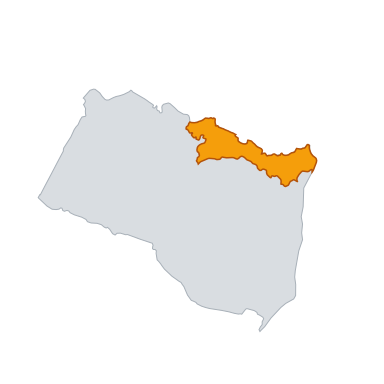 where Volta sits in Ghana, rotated 298°
{"feature_id": "GHA-2173", "entity_name": "Volta", "entity_type": "Region", "adm_level": 1, "iso_a3": "GHA", "parent_name": "Ghana", "parent_adm1": "", "projection": "albers", "projection_center": [0.32, 7.267], "detail": "fine", "context": "in_parent", "style": "filled", "palette": "amber", "viewbox_px": 384, "rotation_deg": 298, "n_neighbors": 0, "source": "natural_earth", "source_scale": "10m", "svg_char_len": 8161}
<svg xmlns="http://www.w3.org/2000/svg" viewBox="0 0 384 384"><g transform="rotate(298 192 192)"><path d="M233.9,54.2L236.6,56.8L237.2,58.3L236.2,64.0L234.2,67.9L232.9,71.7L233.1,73.5L234.3,75.4L238.5,78.3L240.7,80.2L243.2,83.1L246.1,85.9L251.1,89.5L253.2,90.2L253.2,91.2L252.5,92.6L252.0,106.3L251.6,109.8L251.3,111.5L250.8,116.6L250.3,117.4L249.3,117.3L248.4,117.5L248.2,118.5L248.6,119.6L251.6,120.3L250.9,121.1L248.7,121.8L247.7,123.3L248.1,125.0L246.9,126.4L247.2,127.4L248.0,128.1L249.3,127.8L252.8,125.5L254.3,125.2L256.1,125.7L259.5,129.3L259.7,131.1L258.3,137.1L256.9,141.7L256.7,147.9L258.1,151.3L257.9,153.2L256.4,154.9L252.9,157.3L253.2,158.9L254.8,162.0L257.7,165.3L263.5,169.5L266.5,175.0L266.6,177.2L264.8,179.4L262.7,181.4L262.1,184.2L263.0,202.4L258.4,210.4L258.4,212.7L258.9,215.3L260.1,216.9L262.4,217.3L264.3,218.9L263.6,224.4L262.6,230.1L262.5,232.9L261.9,234.2L260.1,235.2L259.4,237.0L259.9,239.2L259.6,240.9L260.5,243.0L262.6,245.6L266.0,252.2L267.3,252.7L267.8,254.1L267.5,255.4L268.8,258.3L272.5,261.2L276.4,263.8L279.6,264.1L280.3,266.4L282.4,269.3L283.9,270.5L286.3,271.3L288.3,271.8L288.4,274.2L284.8,275.9L282.4,278.4L280.6,282.2L278.1,286.5L269.3,288.7L266.0,288.7L248.0,288.8L231.1,297.1L221.5,300.0L215.5,304.7L207.4,308.0L201.8,312.0L190.2,313.9L171.1,320.1L165.1,322.6L159.0,327.0L149.2,332.1L145.3,332.0L137.7,327.1L131.9,324.7L117.8,320.9L107.2,319.4L102.1,317.8L100.7,317.5L101.9,315.8L104.9,315.7L107.9,316.2L110.3,314.9L113.7,314.8L114.7,313.4L115.0,309.9L114.9,307.1L116.2,305.9L116.5,302.6L114.8,295.2L113.7,294.4L107.5,293.3L107.1,291.8L106.0,290.3L104.8,286.5L103.5,280.8L101.4,273.8L97.4,262.3L96.4,258.2L95.7,254.1L95.6,249.1L96.4,247.3L96.3,244.7L96.0,242.2L98.9,236.4L104.7,229.2L105.9,226.6L107.0,224.9L107.1,222.3L108.2,213.9L111.0,203.8L112.8,200.0L113.9,198.0L115.3,194.6L115.7,193.1L121.0,189.1L123.4,188.1L123.9,186.5L123.1,184.8L123.5,183.7L124.8,183.1L126.7,182.6L128.1,181.0L126.0,168.6L124.3,156.1L124.2,155.1L123.1,153.4L122.1,148.2L120.4,145.2L117.9,144.3L117.9,141.5L120.5,136.7L121.1,133.9L119.9,133.1L119.8,130.9L120.6,127.4L120.2,125.2L119.8,122.9L117.3,117.5L116.7,113.6L118.0,111.4L118.0,106.5L116.6,98.9L116.5,94.1L117.4,92.1L117.0,90.2L115.1,88.4L115.0,86.6L116.6,84.9L116.4,83.6L114.4,82.6L112.7,80.3L111.1,76.6L111.5,70.6L114.5,59.7L114.9,58.8L118.3,58.9L118.3,59.4L128.7,59.3L140.7,59.3L154.9,59.2L167.9,59.2L168.5,58.7L170.6,58.1L183.7,59.2L191.9,58.7L195.4,59.1L197.9,59.8L203.6,59.4L206.6,59.7L208.9,62.4L209.8,62.4L211.1,61.2L213.3,59.9L215.7,58.9L217.3,56.7L218.3,55.1L219.8,55.5L221.9,55.4L223.4,54.0L223.9,51.9L233.9,54.2Z" fill="#d9dde1" stroke="#a8b0b8" stroke-width="1"/><path d="M262.9,195.2L262.9,195.4L262.9,198.1L263.3,200.6L263.2,202.9L263.3,203.7L262.1,203.5L261.5,204.4L261.4,205.7L261.4,206.9L261.1,207.5L260.5,207.8L259.8,208.0L259.3,208.3L258.8,208.7L258.6,209.2L258.4,209.7L258.2,212.3L258.5,214.4L259.2,216.3L260.5,217.6L261.3,217.7L262.2,217.5L263.8,216.9L264.1,217.3L264.8,220.2L264.7,221.1L264.1,222.7L263.7,224.8L262.7,227.4L262.5,229.1L262.7,231.1L262.7,233.0L261.9,234.5L261.3,234.8L259.5,235.3L258.8,235.3L258.2,235.5L258.7,236.2L259.9,237.2L260.5,238.1L260.4,238.8L259.4,240.4L259.1,241.3L259.3,241.7L259.7,242.0L260.2,242.4L261.5,244.7L261.8,245.1L262.5,245.3L263.3,245.7L263.9,246.3L264.3,247.0L264.3,247.7L264.0,249.9L264.2,250.8L264.8,251.3L265.4,251.8L265.8,252.5L266.2,252.5L267.4,252.5L267.8,252.6L268.4,253.1L268.3,253.5L268.0,253.9L267.7,254.5L267.7,254.8L267.7,255.7L267.9,256.7L268.5,257.8L269.2,258.8L270.1,259.8L272.2,260.8L273.3,261.5L274.7,263.2L275.3,263.7L276.2,263.9L279.5,263.9L280.7,267.4L281.3,268.4L281.7,268.7L282.0,268.8L282.3,269.0L282.7,269.3L283.2,270.2L283.7,270.8L284.3,271.1L287.9,271.5L288.4,272.2L288.3,273.7L288.0,273.8L286.0,274.9L284.5,276.1L282.3,278.5L281.8,279.2L280.8,281.4L280.6,282.2L280.5,283.1L280.1,285.2L279.7,286.0L278.3,287.3L276.5,287.9L268.2,288.9L266.0,288.7L267.0,288.1L267.8,287.8L268.0,287.6L268.1,287.4L268.0,287.1L267.9,286.9L267.7,286.7L267.2,286.3L266.6,286.0L265.6,285.7L265.0,285.3L264.5,284.9L264.1,284.3L262.5,280.1L262.1,279.6L261.7,279.4L261.1,279.1L257.7,278.3L254.2,278.1L253.8,278.2L253.4,278.3L253.0,278.4L252.2,278.8L251.4,279.4L251.1,279.7L251.0,279.9L250.6,280.6L250.7,276.6L250.7,276.2L250.5,275.9L249.0,275.0L248.1,274.3L247.5,273.9L246.7,273.8L243.8,273.9L243.0,273.7L240.9,272.1L240.7,271.7L240.6,270.9L240.8,270.1L241.1,269.6L241.3,269.0L241.2,268.2L240.9,267.4L240.7,266.9L240.9,266.7L242.8,265.9L243.5,265.5L244.2,265.0L244.4,264.8L244.5,264.7L244.8,264.3L244.9,264.1L246.1,260.3L246.2,259.9L246.1,259.5L246.0,258.9L245.8,258.6L245.6,258.4L245.0,258.1L244.7,257.8L244.5,257.4L244.4,257.2L244.3,256.9L244.2,255.9L244.0,255.5L243.9,255.3L243.8,255.1L243.6,255.0L243.4,254.9L243.2,254.9L241.9,255.0L241.6,254.9L241.5,254.2L241.7,253.4L242.4,250.8L242.6,250.3L242.7,250.1L242.8,250.0L243.0,249.8L243.1,249.7L243.8,248.9L244.0,248.8L245.7,247.8L245.9,247.6L246.0,247.4L246.1,247.1L246.1,246.6L245.9,244.7L245.7,244.3L245.4,243.9L245.2,243.6L244.8,243.4L244.4,243.2L243.7,242.9L243.4,242.7L243.1,242.1L242.9,241.7L243.0,241.2L243.1,240.7L243.5,239.5L243.7,239.0L243.9,238.6L244.7,237.9L244.9,237.8L245.5,237.2L245.8,236.7L245.9,236.4L246.0,236.0L246.1,235.3L246.0,234.1L245.8,233.0L245.7,232.8L245.7,232.4L245.8,232.0L246.1,231.1L246.4,230.3L246.5,230.1L246.6,229.4L246.4,227.0L246.2,225.6L246.2,225.4L246.3,224.9L247.0,222.6L247.2,221.2L247.2,220.6L247.0,219.3L246.8,219.1L246.6,218.8L246.1,218.3L245.7,218.1L245.4,217.9L244.2,217.6L242.6,216.8L242.4,216.6L242.3,216.3L242.1,215.8L242.0,215.4L241.9,212.8L241.8,212.6L241.3,211.3L238.4,206.4L237.4,203.5L237.3,202.9L237.2,202.5L236.9,202.2L236.4,201.8L236.1,201.7L235.1,201.6L234.7,201.5L234.2,201.3L233.8,201.0L233.5,200.6L232.4,198.9L232.3,198.7L232.2,198.2L232.0,196.7L231.9,196.2L230.0,191.8L229.5,191.0L229.0,190.4L222.9,185.5L222.1,185.1L219.6,184.4L220.5,183.5L221.4,181.6L221.7,181.3L222.0,181.2L222.4,181.3L222.8,181.3L223.2,181.2L224.7,180.7L225.0,180.7L225.2,180.8L226.2,181.3L226.4,181.4L226.8,181.4L227.2,181.4L227.9,181.3L228.3,181.0L228.5,180.8L228.7,180.4L229.0,180.3L229.3,180.2L229.5,180.0L229.5,179.8L230.0,179.0L230.1,178.8L230.1,178.5L230.0,178.3L230.1,177.9L230.3,177.6L230.9,177.0L231.4,176.7L231.7,176.5L233.6,175.9L234.5,175.8L235.6,176.0L236.5,176.3L237.2,176.6L238.7,177.6L239.4,178.2L239.8,178.7L240.7,179.6L241.2,180.0L241.7,180.1L242.5,180.1L244.2,179.9L244.9,179.7L245.3,179.4L245.4,179.2L245.4,178.9L245.3,178.7L245.2,178.6L245.0,176.8L245.0,176.5L245.1,176.2L245.3,176.1L245.6,176.0L246.9,176.0L247.2,175.9L247.4,175.7L247.4,175.4L247.4,175.2L247.4,174.7L246.8,173.7L246.7,173.6L246.3,173.4L246.0,173.3L245.8,173.3L244.5,173.4L243.5,173.7L242.5,173.8L242.3,173.8L241.8,173.8L241.3,173.6L241.1,173.6L241.0,173.4L240.9,173.3L240.8,173.1L240.9,172.6L240.9,172.3L240.8,171.8L240.7,171.4L240.6,171.1L240.7,170.8L240.9,170.6L241.2,170.4L241.5,170.4L241.9,170.2L242.1,170.0L242.3,169.8L242.2,169.6L242.1,169.4L242.0,169.2L241.1,168.8L241.0,168.7L240.9,168.5L240.8,168.3L240.8,168.1L240.8,167.8L240.9,167.6L241.4,166.2L241.7,165.6L242.1,164.8L242.4,164.6L242.6,164.6L242.8,164.6L243.2,164.8L243.5,164.9L243.8,164.9L244.1,164.8L244.3,164.6L244.3,164.3L244.3,164.1L244.2,163.9L244.0,163.7L243.6,163.3L243.3,162.9L243.2,162.7L243.1,162.3L243.2,161.9L243.4,161.6L244.2,160.4L244.6,159.8L244.9,159.0L245.1,158.6L245.1,158.4L245.0,158.2L244.9,158.0L244.7,157.8L244.7,157.6L244.8,157.3L245.0,157.1L246.2,156.6L246.6,156.5L246.8,156.5L247.1,156.5L247.3,156.6L248.3,157.2L248.5,157.2L248.8,157.3L249.1,157.3L249.3,157.3L250.7,157.0L251.0,157.0L252.7,157.2L253.0,158.8L254.2,161.5L256.0,164.0L257.7,165.1L258.4,166.0L259.5,167.0L260.6,167.8L263.5,169.1L264.2,170.7L264.8,172.4L266.4,173.8L266.5,174.2L266.5,174.7L266.6,175.4L266.6,175.8L266.6,176.0L266.8,176.2L267.3,176.3L267.5,176.4L267.6,177.5L267.3,178.2L266.6,178.6L264.7,179.4L264.0,179.9L262.5,181.2L262.2,181.4L261.9,181.4L261.6,181.6L261.6,182.2L261.8,182.6L262.1,183.0L262.4,183.3L262.5,183.9L262.2,184.5L261.9,184.8L261.7,185.1L261.9,186.2L262.1,188.2L262.5,189.9L262.5,190.7L262.5,192.3L262.9,195.2Z" fill="#f59e0b" stroke="#b45309" stroke-width="1.5"/></g></svg>